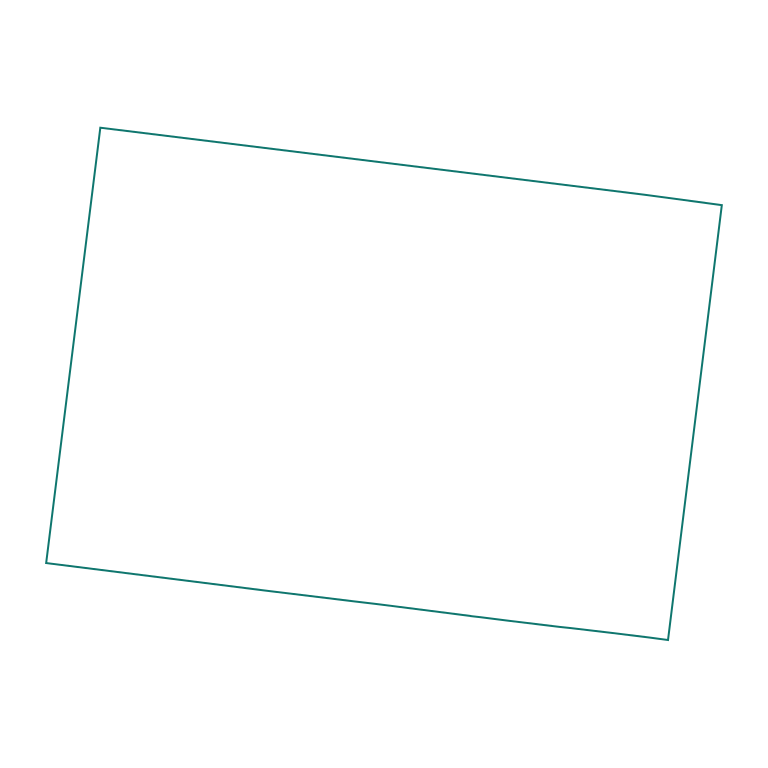 Pawnee, Nebraska, United States of America, rotated 7°
{"feature_id": "52423323B98394521598734", "entity_name": "Pawnee", "entity_type": "district", "adm_level": 2, "iso_a3": "USA", "parent_name": "United States of America", "parent_adm1": "Nebraska", "projection": "robinson", "projection_center": [-96.181, 40.131], "detail": "fine", "context": "isolated", "style": "outline", "palette": "teal", "viewbox_px": 768, "rotation_deg": 7, "n_neighbors": 0, "source": "geoboundaries", "source_scale": "gbopen_adm2", "svg_char_len": 402}
<svg xmlns="http://www.w3.org/2000/svg" viewBox="0 0 768 768"><g transform="rotate(7 384 384)"><path d="M697.1,603.5L697.5,165.3L619.4,164.4L71.2,164.2L70.5,602.9L290.7,603.5L295.5,603.5L381.0,603.4L402.3,603.3L407.4,603.3L498.4,603.7L498.5,603.8L508.3,603.7L537.7,603.8L537.9,603.8L587.7,603.7L599.3,603.5L640.4,603.3L678.6,603.3L697.1,603.5Z" fill="none" stroke="#0f766e" stroke-width="2"/></g></svg>